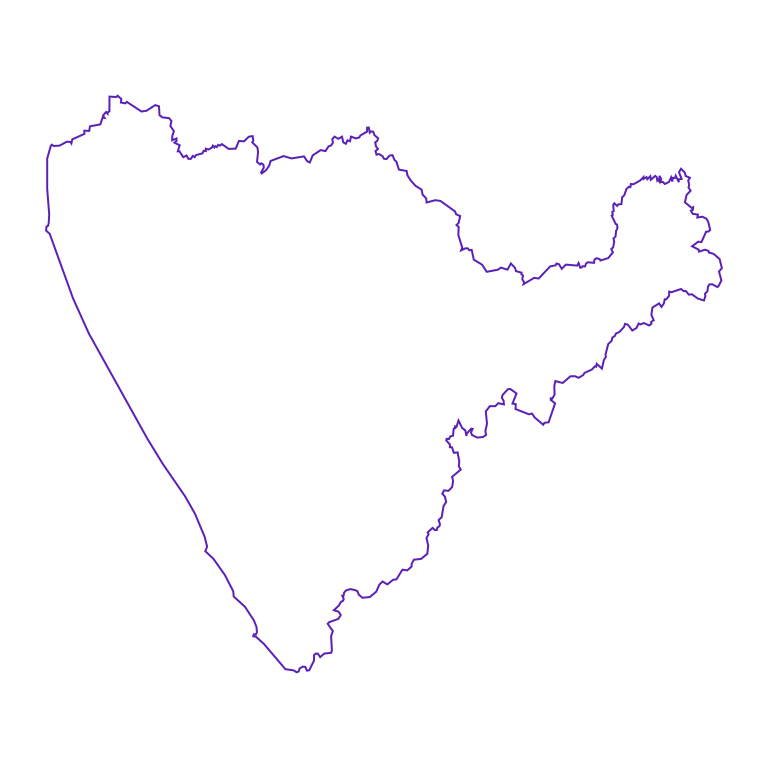 outline of Tomatlán, Jalisco, Mexico
{"feature_id": "50627088B62386575329079", "entity_name": "Tomatlán", "entity_type": "district", "adm_level": 2, "iso_a3": "MEX", "parent_name": "Mexico", "parent_adm1": "Jalisco", "projection": "equal_earth", "projection_center": [-105.032, 19.938], "detail": "fine", "context": "isolated", "style": "outline", "palette": "violet", "viewbox_px": 768, "rotation_deg": 0, "n_neighbors": 0, "source": "geoboundaries", "source_scale": "gbopen_adm2", "svg_char_len": 6101}
<svg xmlns="http://www.w3.org/2000/svg" viewBox="0 0 768 768"><path d="M690.6,190.7L688.5,187.5L689.2,184.9L688.2,180.4L689.9,177.8L685.7,176.0L684.7,172.4L681.0,168.8L679.0,172.2L681.6,178.9L678.5,179.3L678.9,182.2L675.7,175.8L675.1,177.9L672.9,177.8L672.2,181.5L671.1,177.4L668.9,182.0L664.8,184.0L662.9,182.0L660.8,182.0L661.1,178.9L659.5,175.8L659.4,181.6L658.1,179.7L657.3,180.6L656.7,177.1L655.2,175.9L650.8,179.8L650.3,176.2L647.3,179.2L646.5,177.1L643.7,178.9L643.5,177.0L640.2,180.5L633.3,184.3L630.9,184.0L630.4,187.1L628.8,186.8L626.4,189.1L624.3,195.2L622.2,197.2L621.4,204.1L618.5,204.3L617.1,205.9L614.3,203.3L613.2,205.0L613.7,211.1L612.2,212.1L612.8,214.8L611.7,215.6L615.7,224.0L617.0,224.5L617.5,228.0L616.1,230.9L615.5,236.6L613.5,238.5L614.2,241.8L613.1,247.4L611.3,249.0L612.9,252.4L608.2,258.1L600.4,260.5L599.8,259.2L596.5,258.2L594.5,259.5L594.0,262.8L587.7,262.3L586.0,263.5L585.0,266.5L582.7,266.2L581.1,267.7L580.2,267.7L578.6,263.0L577.1,265.6L565.9,264.6L561.8,268.8L559.0,264.3L556.5,263.5L555.7,265.3L550.2,266.4L538.7,278.5L534.1,277.9L523.6,284.1L524.2,282.4L522.3,279.3L523.0,275.6L521.4,274.1L521.6,272.7L515.9,271.1L515.1,268.0L510.9,263.5L507.5,269.6L500.8,267.6L498.0,269.7L486.7,271.8L482.1,264.7L473.8,259.7L471.7,249.9L469.3,250.3L467.9,248.4L465.5,248.3L461.2,250.3L462.3,247.7L458.3,235.0L458.7,226.9L456.5,225.0L458.5,223.1L460.2,216.1L456.1,214.2L455.0,211.4L440.4,200.9L435.2,200.2L426.6,202.5L426.2,198.4L422.6,194.6L421.6,189.6L415.6,185.9L410.8,180.6L407.5,175.4L406.6,171.0L398.9,169.6L396.4,161.7L394.5,160.0L392.5,155.2L389.5,155.6L386.5,159.1L383.9,158.7L382.5,156.1L379.0,154.0L376.5,154.7L375.5,151.0L378.0,149.0L376.0,146.5L375.2,142.3L377.2,141.0L378.2,138.3L374.5,135.2L373.3,131.8L371.2,131.4L369.8,132.7L368.8,127.5L367.1,127.6L367.1,131.6L360.5,135.4L359.2,137.5L355.8,138.4L351.0,136.6L350.0,141.3L347.5,140.3L345.9,143.8L343.3,142.4L342.0,136.7L338.3,138.8L334.5,136.6L332.3,139.3L332.9,142.8L331.2,145.4L328.5,146.4L325.5,151.1L320.7,150.1L312.7,155.4L309.8,162.5L307.0,161.0L304.0,156.4L291.6,158.4L283.5,156.1L270.6,161.0L269.3,165.5L266.0,170.2L261.7,173.4L261.1,172.5L263.8,167.6L263.4,164.6L261.3,163.3L260.0,164.4L257.0,161.9L258.1,152.1L257.4,147.4L252.3,142.4L253.3,140.5L252.6,136.1L248.8,136.7L244.1,141.3L238.9,141.0L235.7,148.6L228.6,148.9L221.9,144.1L220.1,145.6L218.2,144.9L216.7,147.1L215.2,146.2L214.3,147.5L212.8,145.7L212.0,147.5L208.6,149.5L205.8,148.7L205.8,151.1L203.7,150.8L202.5,153.3L195.9,155.2L194.6,157.2L192.8,155.9L190.8,158.9L188.4,158.9L186.5,155.5L183.3,157.2L179.4,151.3L177.8,151.3L179.7,145.3L174.5,142.7L176.6,140.9L176.5,138.5L172.2,140.3L172.3,135.9L173.9,131.1L170.4,126.1L171.4,120.9L169.0,118.1L162.5,117.4L159.5,115.2L159.0,106.3L155.2,105.1L146.4,110.8L141.5,111.5L126.8,101.9L125.2,103.4L120.9,102.5L121.3,99.0L117.6,95.7L116.4,97.0L109.5,96.6L109.4,111.3L107.7,112.3L107.6,113.7L106.0,112.0L103.0,115.6L104.5,117.9L102.6,117.6L100.3,124.4L90.0,126.3L89.2,130.9L84.3,130.7L84.4,133.9L72.2,139.4L71.4,143.4L70.5,142.0L66.8,141.7L59.6,145.6L53.9,146.0L51.7,144.7L50.8,145.9L47.2,158.5L47.2,189.0L49.2,214.3L48.7,223.3L47.9,226.0L46.5,226.5L46.1,230.6L49.7,233.8L73.0,298.3L88.9,333.6L147.3,438.6L162.6,463.6L185.0,496.2L194.9,513.6L204.7,536.9L207.1,546.6L205.3,551.2L213.4,558.8L224.8,574.9L233.3,591.4L233.7,596.5L245.0,606.8L253.9,620.4L256.5,627.0L256.9,632.2L256.0,634.4L253.8,634.3L253.3,636.3L255.9,636.7L263.9,643.9L285.4,669.2L293.8,670.4L296.7,672.3L298.6,671.5L299.7,668.4L302.9,666.6L305.3,666.9L306.9,670.6L309.2,670.3L314.0,660.6L314.1,655.0L315.5,653.7L317.8,653.6L320.2,657.1L324.2,653.6L331.1,652.8L331.9,650.6L331.1,636.0L332.9,631.1L327.7,623.8L329.1,622.2L338.1,619.0L340.3,616.0L340.7,614.8L338.6,611.7L333.9,610.2L339.1,605.3L340.9,601.9L343.1,600.8L343.7,598.9L342.3,595.8L343.5,595.9L344.1,592.7L345.9,590.5L350.3,589.1L355.1,590.1L357.3,591.1L358.9,594.8L362.6,597.8L369.9,597.0L376.3,591.6L379.4,584.6L382.6,581.5L387.3,584.4L393.2,579.7L396.4,579.4L402.4,569.7L407.2,570.4L411.5,566.7L411.7,563.7L413.9,559.7L421.1,558.9L427.3,553.8L428.2,545.5L426.5,538.0L428.6,534.2L427.7,532.4L432.6,527.9L435.0,530.1L436.8,530.0L437.3,527.7L439.4,526.2L440.0,524.2L438.6,520.1L441.7,517.1L443.5,506.2L446.2,501.9L444.9,496.6L442.3,493.7L444.0,490.4L448.5,490.8L452.1,487.1L453.1,481.0L452.1,476.8L460.7,469.6L458.8,466.1L459.3,461.5L457.6,452.4L453.8,452.8L452.0,447.3L449.9,447.2L449.9,444.5L446.2,440.4L446.7,438.8L448.9,439.1L450.3,436.4L453.0,435.7L453.7,428.7L455.2,428.2L455.0,426.4L456.5,426.8L458.5,420.5L462.1,427.9L465.3,430.4L466.4,436.0L466.7,433.7L471.2,428.6L472.6,428.9L471.0,432.4L471.9,434.9L477.2,437.6L483.0,437.0L486.0,435.0L485.4,430.9L487.0,423.7L485.8,411.4L489.9,406.1L495.2,406.2L498.4,403.2L503.9,404.4L503.6,400.8L501.9,397.9L502.5,395.1L507.9,389.2L510.3,389.0L516.5,393.5L512.5,403.6L515.7,404.1L515.6,409.1L529.0,414.3L532.0,413.5L534.7,417.5L543.2,424.7L544.5,422.8L548.6,422.3L555.1,403.3L550.7,399.9L550.8,398.3L552.3,398.6L554.6,394.5L554.3,386.3L555.3,381.1L562.7,383.0L570.4,376.3L575.0,376.2L578.6,377.8L583.2,375.1L584.5,372.9L592.1,369.4L594.7,366.4L596.1,366.7L596.7,363.8L601.9,368.6L603.9,359.9L605.9,357.0L605.5,354.7L608.2,344.1L611.7,340.7L612.3,337.6L615.0,335.8L615.9,333.5L619.4,332.0L623.9,327.1L625.1,323.8L628.0,324.8L632.3,330.5L636.6,327.9L638.6,323.5L640.3,324.4L644.0,323.1L649.2,325.5L651.4,323.8L651.1,322.0L653.7,320.2L651.4,315.0L652.4,307.6L659.1,303.4L661.5,306.9L663.9,303.4L664.7,299.3L666.1,299.4L669.0,296.0L669.2,291.6L671.4,292.2L681.1,289.0L683.7,291.2L685.7,290.9L688.8,294.6L691.9,294.3L697.9,298.6L704.0,300.5L705.4,296.0L704.9,293.9L707.4,291.3L708.0,286.7L709.4,284.4L712.3,284.3L717.5,287.1L718.5,286.1L721.4,280.5L719.0,271.5L721.9,268.2L719.6,259.0L713.5,253.8L708.9,252.6L708.6,251.0L705.1,249.7L699.0,251.6L698.6,249.6L692.1,246.3L698.2,241.7L701.5,242.0L706.1,231.7L708.5,231.5L710.2,229.9L708.2,221.8L706.4,218.7L702.3,216.7L697.3,217.5L697.9,214.6L692.7,213.8L690.9,210.6L692.9,209.8L693.1,207.3L691.9,208.0L684.9,202.3L686.6,194.9L690.6,190.7Z" fill="none" stroke="#5b21b6" stroke-width="2"/></svg>